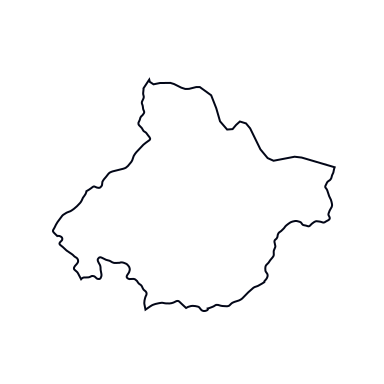 the District of Toplicki, rotated 166°
{"feature_id": "SRB-835", "entity_name": "Toplicki", "entity_type": "District", "adm_level": 1, "iso_a3": "SRB", "parent_name": "Republic of Serbia", "parent_adm1": "", "projection": "mercator", "projection_center": [21.443, 43.114], "detail": "fine", "context": "isolated", "style": "outline", "palette": "ink", "viewbox_px": 384, "rotation_deg": 166, "n_neighbors": 0, "source": "natural_earth", "source_scale": "10m", "svg_char_len": 5469}
<svg xmlns="http://www.w3.org/2000/svg" viewBox="0 0 384 384"><g transform="rotate(166 192 192)"><path d="M73.5,196.7L47.6,181.5L48.5,180.1L50.2,176.6L52.0,174.4L53.4,171.9L54.1,171.1L55.1,170.3L57.4,169.4L58.0,169.1L58.7,168.5L61.2,165.5L61.4,165.0L61.5,164.2L61.3,163.7L60.7,162.3L60.4,161.1L60.3,159.9L59.9,154.7L59.1,150.9L59.0,148.6L59.1,146.3L59.3,145.2L60.0,143.8L62.9,140.7L64.7,138.1L65.1,137.1L65.1,136.3L64.7,134.8L64.6,133.7L64.8,132.9L65.4,132.2L66.5,131.7L69.2,131.0L70.7,130.5L71.6,130.5L72.1,130.6L74.6,132.1L76.0,132.7L78.4,133.6L79.4,133.6L81.0,133.2L83.4,132.2L85.9,130.7L86.4,130.5L87.2,130.5L87.7,130.7L89.7,131.9L91.6,132.8L92.1,133.1L92.5,133.5L92.8,134.0L93.6,136.0L94.2,136.6L94.7,137.0L96.8,138.2L97.7,138.6L98.8,138.9L101.3,139.0L102.6,138.9L103.8,138.7L106.0,137.9L108.3,136.9L109.7,136.1L111.5,134.6L113.0,133.7L114.9,132.6L117.4,131.6L117.8,131.3L118.5,130.6L119.2,129.6L120.0,127.7L120.6,127.0L121.3,126.3L122.9,125.5L123.5,125.0L123.9,124.3L124.1,123.5L124.1,122.6L124.2,120.0L124.2,119.4L124.4,118.7L124.7,118.2L126.4,115.9L126.9,115.1L127.2,114.2L127.8,111.4L128.1,110.7L128.5,110.1L129.6,109.1L132.6,106.9L134.8,104.9L136.9,103.6L137.7,103.1L138.3,102.5L138.8,101.7L139.1,100.9L139.4,100.0L139.8,97.8L139.7,96.9L138.8,94.5L138.7,93.6L138.8,92.8L139.0,92.1L139.6,91.1L140.3,90.2L141.2,89.4L142.5,88.5L143.3,87.9L143.7,87.3L143.7,87.0L146.5,86.1L150.9,84.9L154.3,84.6L155.6,84.2L161.6,81.1L168.1,77.1L169.3,76.4L170.9,75.8L172.7,75.4L177.4,75.1L178.6,74.9L179.7,74.7L180.9,74.2L182.9,73.0L183.5,72.7L184.3,72.6L185.2,72.6L185.8,72.7L190.0,74.0L191.6,74.7L194.0,76.1L195.3,76.5L196.0,76.6L196.9,76.4L198.7,75.8L200.7,75.5L203.3,75.2L204.9,75.2L204.8,74.8L205.0,74.2L205.7,73.7L206.6,73.5L207.6,73.4L208.7,73.5L209.5,73.7L210.2,74.1L211.0,74.7L211.6,75.5L212.8,78.1L213.1,78.6L213.5,79.0L214.5,79.6L216.4,80.5L218.7,81.3L219.7,81.5L220.7,81.6L222.8,81.5L223.9,81.4L225.8,80.9L229.0,85.8L230.9,88.8L231.6,89.5L232.4,89.8L233.5,89.9L236.7,89.2L238.8,89.1L239.8,89.2L240.8,89.3L244.1,90.2L245.0,90.5L247.6,91.7L248.6,91.9L250.9,92.1L254.5,92.2L256.9,92.0L258.1,91.8L260.3,91.1L265.6,89.1L265.3,95.0L265.1,96.0L264.3,98.3L263.2,100.4L262.4,101.7L261.1,103.3L260.8,104.0L260.6,104.7L260.6,105.6L260.8,106.2L261.1,106.9L262.3,108.5L262.7,109.2L263.1,110.7L263.5,112.8L263.8,113.5L264.2,114.2L265.6,115.8L266.3,117.2L266.9,119.0L267.3,119.5L268.1,120.7L268.6,121.2L269.3,121.6L270.0,121.9L273.0,122.5L273.9,122.7L274.5,123.1L275.0,123.5L275.6,124.2L275.9,125.0L275.9,125.5L275.7,126.1L274.9,127.1L273.0,128.8L272.3,129.6L271.5,131.0L271.2,131.6L271.0,132.6L271.0,133.5L271.1,134.5L271.6,135.8L272.4,137.3L272.9,138.0L273.5,138.5L275.0,139.6L276.0,140.2L276.9,140.6L278.1,140.9L278.8,140.9L279.2,140.8L283.2,141.6L284.4,141.9L285.2,142.3L286.4,143.1L287.5,144.2L288.6,145.2L291.8,147.0L295.1,149.8L295.9,150.4L296.6,150.8L297.5,150.9L298.0,150.8L298.8,150.3L299.3,149.9L299.7,149.5L299.9,148.9L300.0,148.3L300.0,147.7L299.7,146.1L299.1,143.9L298.9,143.0L298.9,142.0L299.0,141.0L299.5,138.6L299.7,135.0L299.8,133.8L300.1,132.7L300.4,132.1L301.4,130.7L302.1,130.2L302.7,130.0L303.3,130.1L304.3,130.4L305.1,130.9L305.7,131.7L306.6,133.1L307.1,133.7L307.7,134.1L308.9,134.6L309.7,134.7L311.6,134.3L312.6,134.2L313.6,134.3L316.7,135.0L317.4,135.2L318.2,135.2L318.9,135.1L319.8,134.8L320.7,134.2L322.2,140.4L322.6,141.7L323.2,142.7L324.8,145.0L325.1,145.8L325.0,146.6L324.8,147.1L324.2,147.8L323.5,148.5L321.0,150.2L319.9,151.2L319.5,151.8L319.2,152.5L319.1,153.4L319.1,154.2L319.4,155.1L319.8,155.9L321.6,157.8L322.9,159.9L323.7,160.9L327.3,164.9L328.1,165.9L330.7,169.9L332.8,172.7L333.0,173.2L333.1,173.7L333.0,174.2L332.5,174.9L332.0,175.3L330.2,176.4L329.7,176.8L329.3,177.5L329.1,178.3L329.2,179.2L329.7,180.1L330.6,180.9L331.3,181.4L332.2,181.7L333.0,182.0L333.4,181.9L335.1,184.7L336.1,186.4L336.3,187.3L336.4,187.7L336.0,188.6L333.9,190.8L331.9,193.2L329.7,195.4L323.6,200.4L322.5,201.0L318.9,202.2L317.9,202.4L314.6,202.8L313.0,203.3L310.7,204.2L307.1,206.0L303.3,208.4L302.4,209.1L301.1,210.4L299.2,212.8L297.3,214.4L295.8,215.8L294.7,217.3L294.3,218.3L291.3,219.2L288.7,220.2L287.4,220.8L286.8,221.0L286.2,221.1L285.8,221.1L285.3,220.9L283.2,219.3L281.8,218.7L281.2,218.5L280.4,218.5L279.8,218.7L278.7,219.4L278.2,219.8L277.7,220.4L277.4,221.1L276.5,223.5L276.0,224.1L275.5,224.6L274.4,225.6L271.6,227.6L268.8,229.8L267.8,230.4L267.1,230.7L266.3,230.9L265.1,231.1L263.8,231.2L253.1,231.2L251.8,231.3L250.5,231.5L249.2,232.1L247.8,232.8L247.0,233.4L243.6,235.9L242.9,236.6L242.2,237.4L240.4,240.2L239.7,241.2L237.9,242.9L236.2,244.2L227.8,249.6L225.0,250.9L220.8,252.6L220.2,253.0L219.9,253.4L219.7,254.0L219.8,254.6L220.0,255.5L221.0,257.7L222.1,260.4L222.6,261.1L224.1,262.7L224.4,263.3L225.1,265.7L225.4,266.5L227.0,269.2L227.4,270.1L227.5,270.9L227.3,271.8L227.1,272.3L225.4,274.4L224.9,275.2L224.1,276.6L223.6,277.1L223.1,277.6L221.6,278.4L220.6,279.2L219.6,280.1L219.1,280.9L219.0,281.5L219.0,282.0L219.3,283.8L219.3,284.6L219.0,287.3L219.0,288.2L219.2,289.9L219.1,290.7L218.7,291.7L216.4,294.6L215.9,295.6L215.7,296.5L215.7,298.7L215.5,299.7L214.1,303.6L214.0,304.3L206.3,311.4L206.3,309.1L203.3,305.8L196.8,305.5L186.6,303.1L183.3,301.1L177.1,295.8L173.6,293.6L170.0,292.8L162.5,292.8L159.0,291.9L150.0,281.2L148.2,267.4L147.7,253.8L142.8,244.1L137.4,243.2L133.0,246.4L128.5,248.8L123.0,245.5L120.2,239.7L115.3,216.8L110.4,206.6L105.3,202.6L83.9,201.4L77.3,198.9L73.5,196.7Z" fill="none" stroke="#020617" stroke-width="2"/></g></svg>